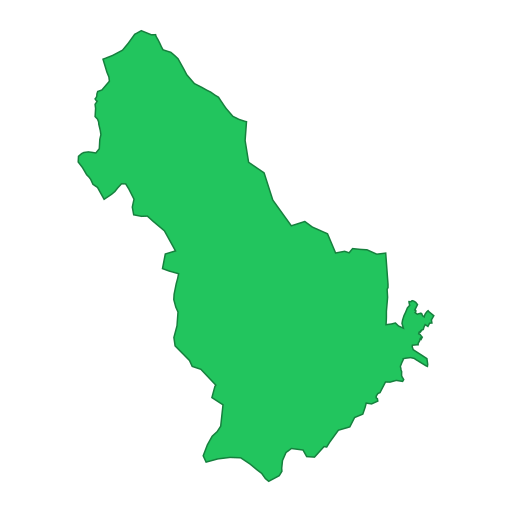 Abeokuta North, Ogun, Nigeria (Robinson projection)
{"feature_id": "59680162B29721937623471", "entity_name": "Abeokuta North", "entity_type": "district", "adm_level": 2, "iso_a3": "NGA", "parent_name": "Nigeria", "parent_adm1": "Ogun", "projection": "robinson", "projection_center": [3.217, 7.25], "detail": "fine", "context": "isolated", "style": "filled", "palette": "green", "viewbox_px": 512, "rotation_deg": 0, "n_neighbors": 0, "source": "geoboundaries", "source_scale": "gbopen_adm2", "svg_char_len": 3591}
<svg xmlns="http://www.w3.org/2000/svg" viewBox="0 0 512 512"><path d="M78.5,156.3L78.2,162.0L82.5,167.6L86.7,174.8L89.0,177.1L90.6,179.2L93.0,184.4L97.5,187.4L104.1,199.3L111.8,194.1L114.9,191.5L117.7,187.9L121.5,183.8L125.7,183.9L128.9,189.1L134.0,199.2L132.3,207.1L133.7,214.8L141.4,216.3L147.4,216.1L153.2,221.4L164.4,230.8L175.5,250.9L165.3,254.0L162.5,268.6L169.3,271.1L178.6,273.7L177.7,278.3L176.2,283.8L174.1,294.3L173.8,299.6L175.8,307.1L178.0,312.0L177.0,325.8L173.9,337.5L175.1,345.9L189.5,360.5L192.2,366.4L200.9,369.3L215.8,385.1L214.9,386.5L211.9,397.6L223.0,404.8L220.7,426.2L217.2,431.6L212.2,436.2L207.4,444.8L203.2,455.8L206.1,462.1L217.8,458.9L230.0,457.4L240.7,457.8L250.0,464.0L256.6,469.5L261.7,473.4L265.4,478.6L268.7,481.3L279.2,475.7L281.9,471.3L281.7,468.2L282.5,460.5L286.0,452.5L291.4,448.5L303.0,450.0L306.7,456.6L314.5,457.1L324.0,446.6L326.7,447.0L329.5,442.4L338.4,430.2L349.8,426.9L354.6,417.5L362.8,414.1L365.1,407.4L366.0,403.9L366.2,403.1L371.6,403.9L377.8,401.1L377.4,398.7L376.2,397.9L376.2,396.1L377.9,393.5L380.0,392.6L385.5,382.0L390.1,382.1L392.9,381.3L396.3,380.4L402.6,381.4L403.7,379.6L403.0,378.4L401.9,376.5L401.6,375.6L401.6,374.3L401.6,373.0L401.7,371.8L401.3,370.7L401.0,370.1L400.9,369.0L400.8,368.1L400.4,366.9L400.5,365.9L401.2,364.3L401.7,362.9L403.2,359.7L403.2,358.7L403.9,358.6L404.6,358.4L405.6,358.2L410.5,357.6L414.1,358.4L417.0,360.3L426.0,365.8L427.4,366.4L427.7,364.4L427.4,362.1L426.9,358.6L417.7,352.6L415.8,351.4L413.2,349.7L412.2,346.7L412.4,345.2L416.8,344.8L418.1,344.8L418.2,343.3L419.8,340.5L420.0,340.0L419.9,339.6L420.1,338.9L420.5,338.2L421.2,339.2L422.2,337.3L421.8,337.1L421.8,336.6L421.4,336.3L421.0,335.7L420.0,334.4L418.7,333.8L419.0,333.2L418.9,332.8L419.2,332.4L419.3,332.0L419.8,332.1L420.3,331.4L420.6,331.8L421.0,331.1L421.4,330.8L421.2,330.4L421.7,330.0L422.5,329.8L423.2,329.5L423.5,328.8L423.5,328.4L424.1,326.8L425.2,324.6L427.9,326.4L429.6,323.2L431.9,323.0L431.4,319.9L433.8,315.7L428.9,311.7L428.1,310.7L427.6,311.1L427.1,311.5L425.6,313.4L425.2,314.0L424.4,315.8L424.2,316.9L423.2,316.3L422.7,315.8L422.2,315.0L421.8,313.8L421.2,313.4L420.9,313.6L420.7,313.2L418.6,313.8L417.9,314.0L417.5,314.3L416.8,313.9L416.0,313.4L415.1,312.6L415.7,312.0L415.8,311.6L415.8,310.5L414.8,310.0L417.5,304.6L415.7,302.3L414.1,301.3L412.6,300.7L411.7,300.9L411.1,301.6L410.6,301.7L409.0,301.6L409.1,302.9L409.7,305.3L407.4,307.9L405.5,312.5L404.0,315.6L402.6,320.0L402.0,323.4L403.4,328.2L398.5,326.0L395.4,323.0L391.4,324.0L386.0,324.7L386.3,320.4L386.4,317.1L386.4,311.2L387.6,297.3L387.1,289.3L388.0,287.6L388.0,284.3L385.7,253.1L376.8,254.2L367.0,249.8L360.4,249.4L352.6,248.6L349.1,252.8L344.6,251.3L335.6,253.0L327.5,233.8L312.4,227.1L304.8,221.5L291.3,225.8L272.8,200.1L264.1,172.9L248.6,162.3L245.1,140.5L246.5,121.7L245.1,121.4L239.0,119.4L232.8,116.3L228.9,111.7L226.2,108.6L224.0,105.5L221.9,102.3L221.5,101.8L218.5,97.2L215.2,95.3L210.7,92.1L206.8,90.2L202.4,87.7L194.4,83.6L192.4,81.3L186.7,74.7L184.0,69.5L178.0,58.7L174.6,55.5L170.8,52.3L166.9,51.1L163.0,49.8L161.3,46.6L159.8,43.3L158.2,40.1L156.0,36.3L155.6,34.7L151.4,34.8L141.3,30.7L134.7,34.3L128.3,43.2L122.5,50.2L112.5,55.5L103.0,59.2L106.9,72.1L108.9,77.0L109.4,81.2L101.9,90.0L97.7,91.5L96.9,94.0L96.8,95.9L96.3,97.4L95.1,98.9L96.2,100.5L96.6,100.8L97.2,101.2L96.3,102.5L95.8,103.4L95.1,104.2L95.2,105.3L95.6,108.4L95.4,111.7L95.1,116.6L97.5,119.1L98.6,121.9L98.8,124.2L100.3,130.6L100.9,134.7L99.8,139.5L99.3,148.7L95.8,153.0L92.3,152.4L88.4,151.9L83.8,152.5L81.6,153.6L78.5,156.3Z" fill="#22c55e" stroke="#15803d" stroke-width="1.5"/></svg>